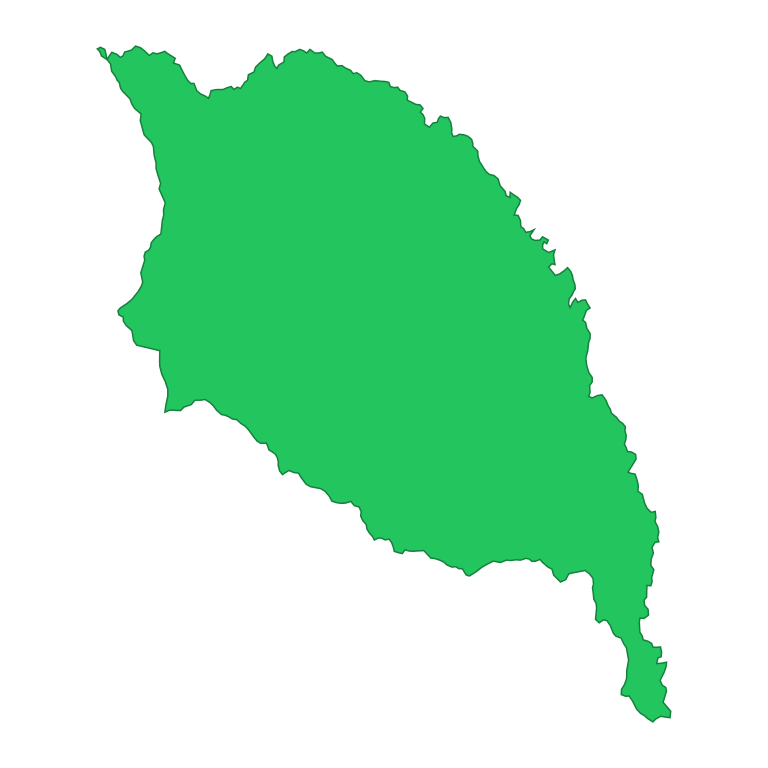 outline of Goianorte, Tocantins, Brazil
{"feature_id": "56859067B40911142932648", "entity_name": "Goianorte", "entity_type": "district", "adm_level": 2, "iso_a3": "BRA", "parent_name": "Brazil", "parent_adm1": "Tocantins", "projection": "natural_earth1", "projection_center": [-48.98, -8.921], "detail": "fine", "context": "isolated", "style": "filled", "palette": "green", "viewbox_px": 768, "rotation_deg": 0, "n_neighbors": 0, "source": "geoboundaries", "source_scale": "gbopen_adm2", "svg_char_len": 6027}
<svg xmlns="http://www.w3.org/2000/svg" viewBox="0 0 768 768"><path d="M164.9,412.2L169.6,410.2L174.0,410.2L177.4,410.5L180.7,410.5L183.9,407.1L187.1,406.0L191.3,404.6L194.9,400.2L200.6,400.2L205.1,399.5L209.8,402.5L213.2,405.6L216.5,410.1L221.5,414.6L225.1,415.2L229.0,416.9L232.3,419.0L236.8,419.7L241.0,423.5L245.3,426.3L248.3,429.5L251.4,433.8L254.4,437.8L257.1,441.1L260.7,443.3L266.4,443.1L267.8,446.4L268.9,449.9L272.7,452.2L275.3,454.1L277.2,457.3L278.3,461.6L278.2,465.6L279.7,471.1L282.5,474.6L285.0,472.8L289.0,470.5L293.8,472.5L298.5,473.1L301.1,477.5L306.1,484.2L310.5,486.7L314.7,487.5L320.6,488.6L325.0,491.2L329.2,496.1L331.8,501.1L335.9,502.5L339.2,503.1L342.9,503.3L346.2,502.9L350.9,501.4L354.3,505.6L359.1,507.0L361.2,511.6L360.7,516.1L362.9,520.8L366.2,524.5L367.0,529.2L369.5,533.1L372.9,537.0L374.3,540.0L378.8,537.9L382.1,538.4L385.1,539.9L389.1,539.2L391.5,542.3L393.3,547.1L394.3,551.4L398.8,552.8L402.3,553.6L404.9,549.9L409.7,551.1L413.8,551.2L418.0,550.9L423.9,550.6L430.8,558.1L435.1,558.6L439.6,560.1L443.7,562.0L446.9,564.9L451.9,567.1L455.8,566.7L458.9,568.7L462.3,568.7L464.3,571.9L466.1,574.9L469.3,576.0L476.1,571.8L481.8,567.3L485.7,565.0L493.3,561.1L500.5,562.5L506.5,560.1L510.9,560.5L515.6,559.8L520.6,560.1L525.8,558.4L529.2,559.0L531.8,561.3L535.1,561.3L540.1,559.4L542.4,562.3L547.9,567.0L552.0,569.2L553.7,575.2L556.1,577.5L560.5,582.0L565.8,579.6L568.7,573.9L572.9,572.8L577.9,571.9L585.1,570.5L589.7,574.1L593.0,578.4L593.5,584.1L592.5,587.7L593.1,592.0L593.8,599.2L596.1,603.4L596.6,607.9L596.1,613.6L595.5,619.3L599.2,622.8L603.6,619.8L607.0,620.7L610.1,625.3L613.5,633.5L615.9,636.2L621.1,638.1L623.6,643.5L626.4,647.7L627.9,656.2L628.6,660.1L627.9,664.1L626.8,670.0L626.6,678.5L624.6,684.3L621.5,689.4L621.3,694.6L625.8,696.3L629.1,696.0L632.3,700.6L636.7,709.2L640.6,713.4L644.1,715.4L647.6,718.5L652.9,721.9L655.6,719.1L660.7,716.3L665.7,717.1L670.0,717.7L670.7,711.2L663.1,702.3L666.5,691.1L665.8,687.5L662.3,685.3L660.1,680.4L664.2,672.1L665.9,667.2L666.6,662.2L661.7,663.2L656.6,663.6L658.0,657.9L661.1,656.8L661.6,652.3L660.5,647.0L656.0,647.3L653.0,647.2L651.6,643.4L647.6,641.1L643.0,639.8L642.4,636.2L639.9,632.2L639.3,622.4L639.9,618.1L644.1,618.4L648.5,615.1L648.1,609.4L644.6,605.3L644.1,600.0L646.6,597.3L646.7,591.1L647.0,585.4L650.8,585.8L652.1,581.8L651.6,577.3L652.8,573.7L653.8,569.6L650.8,565.4L651.2,559.0L653.4,553.1L652.0,547.3L655.1,542.3L658.8,541.8L657.6,537.9L658.8,532.0L657.6,526.5L654.9,521.4L655.9,517.5L655.2,511.4L651.3,512.4L647.1,508.4L644.5,502.8L642.3,494.4L637.9,491.2L638.3,486.4L637.8,483.0L636.6,478.6L635.1,474.1L630.7,473.3L628.0,472.2L630.9,467.5L633.8,462.9L636.1,459.0L635.6,454.4L631.3,451.9L627.6,451.6L626.1,447.7L624.4,443.9L625.9,439.4L626.2,435.2L624.9,430.8L625.4,426.9L622.6,423.3L619.4,421.2L616.3,417.2L611.3,413.1L610.4,409.4L608.3,406.1L606.2,400.8L604.4,398.0L602.0,394.8L597.3,395.6L592.1,398.0L588.7,396.3L590.1,392.3L589.6,385.6L592.2,381.9L592.2,377.4L589.0,372.9L587.5,368.2L586.5,364.3L585.8,358.0L587.7,350.8L588.7,342.1L590.1,338.5L590.1,333.5L586.9,328.5L585.6,322.5L582.7,320.1L584.1,316.8L586.4,310.4L590.1,308.0L587.6,304.2L585.5,299.9L582.0,300.2L577.8,302.4L575.5,298.5L572.9,301.9L570.1,307.6L568.5,304.0L569.2,298.9L572.1,295.0L573.4,291.8L575.3,288.8L574.9,284.6L573.1,279.7L572.3,275.1L570.7,271.5L567.6,267.6L563.8,271.0L559.5,274.0L555.3,275.4L548.6,267.1L551.9,263.8L555.0,264.6L554.2,260.4L553.5,254.6L555.0,249.9L548.7,252.5L542.7,248.9L542.6,245.0L544.0,241.9L546.7,243.7L548.3,240.1L542.6,236.8L539.7,240.2L534.9,240.4L531.5,238.9L529.9,235.7L534.0,229.7L529.9,231.7L525.7,232.3L523.7,228.7L520.8,226.6L520.5,220.6L518.1,215.4L514.2,215.1L516.4,208.7L519.0,204.8L520.5,200.4L517.7,197.4L514.1,195.1L510.2,192.3L510.0,197.4L506.1,195.7L505.2,191.5L500.1,185.7L498.1,179.0L494.0,175.5L489.3,174.4L485.7,171.2L483.2,167.3L479.4,161.3L477.9,155.6L477.8,151.3L475.4,148.7L472.9,146.5L472.7,143.0L471.6,139.3L467.8,136.2L463.8,134.8L459.4,134.3L456.5,135.9L453.1,136.5L451.6,132.9L451.8,128.7L450.8,122.6L448.2,117.4L444.0,117.6L440.4,116.1L438.5,118.7L437.2,122.3L433.0,123.0L429.4,127.2L424.5,124.0L424.7,118.3L422.9,114.5L420.3,112.1L423.0,108.5L420.1,104.9L415.8,104.4L412.3,102.6L407.2,100.1L407.6,96.1L404.9,91.9L399.9,90.3L397.7,87.2L394.1,87.6L390.4,86.6L388.8,82.3L384.9,81.5L380.0,81.2L375.1,80.6L369.3,81.9L364.9,80.7L360.8,75.3L357.0,72.8L353.0,73.6L350.6,70.3L345.2,67.9L342.0,65.6L337.3,66.0L334.7,63.1L332.1,59.4L328.8,57.9L325.8,56.4L322.2,52.1L319.1,53.0L314.7,53.0L310.0,49.4L306.7,53.0L303.5,50.8L299.8,49.4L295.0,51.7L292.0,51.5L287.6,54.3L284.3,57.0L284.0,61.9L278.6,65.1L276.9,68.5L274.6,66.0L272.7,61.2L271.9,56.2L267.8,53.9L264.8,58.7L259.3,63.4L255.5,67.2L254.0,72.0L248.4,74.7L247.5,80.4L244.9,82.1L242.9,85.1L240.5,88.5L237.4,87.2L234.0,89.5L231.2,86.5L226.9,87.8L223.1,89.5L216.4,89.6L211.1,90.6L210.1,94.4L208.5,98.3L205.3,96.1L200.7,94.0L196.7,90.7L194.0,83.4L190.6,83.4L187.6,80.2L184.8,75.5L182.1,70.3L179.6,65.1L173.4,63.0L175.2,58.3L167.4,53.4L164.8,51.3L160.9,52.8L156.7,53.8L152.9,52.8L149.4,55.5L144.2,50.6L140.5,47.7L135.6,46.1L131.3,50.2L124.7,52.0L122.9,56.0L120.2,57.4L117.2,54.5L111.9,52.3L109.6,55.5L107.1,59.6L110.5,63.9L111.7,71.3L113.8,74.2L115.8,77.0L117.1,80.2L119.3,82.6L120.5,88.1L122.6,91.3L129.9,98.7L131.8,104.0L134.7,108.5L141.1,114.0L140.3,120.7L144.2,134.9L151.5,142.6L153.4,146.6L154.2,155.6L156.1,163.0L156.1,168.5L157.6,174.0L160.6,183.4L159.1,188.9L165.3,202.9L163.5,209.5L163.7,215.5L162.4,220.1L160.9,234.0L156.7,236.6L153.8,239.5L151.3,242.7L150.5,247.4L148.6,250.2L145.3,252.1L144.1,256.1L144.7,260.4L140.8,272.9L142.7,282.1L141.6,285.7L138.2,291.5L132.0,299.3L127.0,303.5L120.2,308.0L117.9,311.0L118.9,314.8L123.3,317.2L123.3,321.0L126.2,325.5L131.9,330.6L133.6,340.6L136.7,345.2L159.8,350.7L159.6,360.8L159.8,366.3L161.8,374.2L165.3,381.6L167.8,389.3L167.8,396.0L165.9,405.0L164.9,412.2ZM107.1,59.6L105.7,53.0L104.8,49.4L100.4,47.3L97.3,48.9L99.8,51.5L101.5,56.0L107.1,59.6Z" fill="#22c55e" stroke="#15803d" stroke-width="1.5"/></svg>